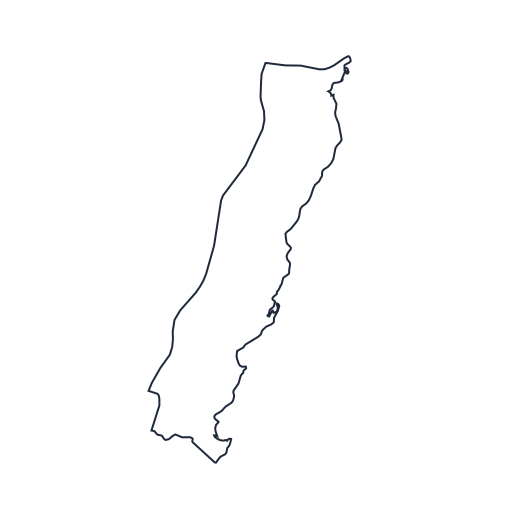 SVG path tracing the border of Debubawi Keyih Bahri, rotated 66°
{"feature_id": "ERI-1565", "entity_name": "Debubawi Keyih Bahri", "entity_type": "Region", "adm_level": 1, "iso_a3": "ERI", "parent_name": "Eritrea", "parent_adm1": "", "projection": "albers", "projection_center": [41.929, 13.658], "detail": "fine", "context": "isolated", "style": "outline", "palette": "slate", "viewbox_px": 512, "rotation_deg": 66, "n_neighbors": 0, "source": "natural_earth", "source_scale": "10m", "svg_char_len": 3524}
<svg xmlns="http://www.w3.org/2000/svg" viewBox="0 0 512 512"><g transform="rotate(66 256 256)"><path d="M427.7,377.7L400.6,389.5L399.3,389.6L397.8,388.4L396.6,388.3L394.6,390.1L391.7,397.1L386.2,402.3L386.7,406.1L387.9,410.1L387.2,413.6L385.6,414.4L381.9,415.1L380.8,416.3L379.1,418.8L375.2,419.9L374.6,420.1L372.9,422.5L353.3,405.1L347.5,402.5L344.1,401.6L341.9,402.0L335.5,409.0L329.5,402.7L319.3,388.8L311.1,374.8L305.1,369.6L298.2,365.7L291.1,362.8L281.3,356.5L274.8,347.3L265.1,326.1L261.1,319.5L256.9,313.9L252.0,308.8L242.5,300.9L229.5,290.1L207.8,276.1L191.1,265.3L187.3,261.5L178.6,245.8L169.0,228.6L155.9,213.5L142.9,198.5L135.4,193.1L127.0,189.8L115.7,188.2L112.2,187.0L99.1,180.6L91.9,176.8L83.5,168.8L84.9,166.4L93.9,151.5L100.2,137.8L111.3,122.1L113.3,117.3L113.8,112.5L113.6,107.3L111.2,94.9L111.0,90.9L111.1,90.1L111.3,90.0L112.0,89.7L113.1,89.5L115.4,89.9L116.6,90.4L117.1,91.6L117.5,96.6L117.9,97.7L121.5,99.2L120.9,97.0L122.0,96.3L125.4,96.6L126.2,97.2L126.6,98.3L126.0,99.0L124.0,98.3L123.3,99.2L129.2,105.4L129.2,105.1L129.6,104.9L130.2,105.2L130.9,106.2L131.0,107.2L130.8,110.7L129.8,113.6L129.7,115.0L130.8,116.7L134.0,119.0L135.0,120.5L135.0,123.0L136.3,122.1L137.5,121.6L138.8,121.5L140.2,122.0L140.2,119.6L143.0,120.8L149.6,120.6L153.3,122.6L157.1,125.4L160.5,126.4L168.9,126.7L183.3,130.1L184.7,130.6L186.2,132.6L188.2,137.3L189.8,139.5L195.3,143.4L199.0,146.0L201.9,149.7L203.8,154.1L204.5,158.8L205.5,160.8L207.5,162.1L209.6,163.0L210.5,164.1L211.1,165.1L213.4,167.9L215.0,173.1L217.6,176.2L223.3,181.3L226.5,185.0L227.6,186.9L228.5,189.1L229.4,193.3L230.0,194.8L231.0,196.2L232.7,197.5L236.8,200.1L239.0,201.9L240.8,204.3L245.3,212.9L246.6,218.2L247.7,220.1L255.6,222.5L257.3,222.6L261.3,221.0L262.8,220.8L263.8,221.4L266.2,225.7L268.2,227.8L269.2,228.3L270.9,228.7L272.3,228.7L275.1,228.0L276.0,227.8L278.2,228.7L282.6,231.6L284.2,232.2L285.6,233.2L286.2,235.6L286.6,238.2L287.2,240.2L292.3,244.2L293.1,245.9L293.6,245.9L296.5,249.8L297.3,251.5L297.6,251.7L298.7,252.2L299.1,252.4L299.6,253.9L300.4,256.7L301.2,258.1L302.5,258.5L304.0,257.8L305.3,257.1L305.9,257.2L306.3,258.0L308.4,259.5L309.3,260.3L309.8,261.5L310.5,264.4L311.0,265.5L313.9,267.7L314.4,267.8L314.9,269.6L315.8,269.6L316.6,268.8L316.5,268.3L315.9,267.8L314.1,265.5L313.7,264.7L313.4,264.5L313.0,264.3L312.7,263.8L312.7,262.9L313.1,262.9L314.8,263.0L315.2,262.9L315.3,259.5L313.6,258.1L311.5,256.9L308.8,256.8L307.9,256.4L308.2,255.7L309.3,255.1L311.0,255.0L315.2,258.5L319.8,264.7L321.6,265.5L323.9,266.9L324.7,270.1L324.7,275.3L326.1,279.5L327.2,281.5L328.5,282.3L329.7,283.7L330.7,287.0L332.6,301.8L334.4,304.8L335.1,311.1L335.0,311.6L335.3,312.0L339.1,314.3L341.8,315.1L347.5,315.6L349.8,315.2L351.3,314.0L352.1,312.3L352.9,310.3L354.6,310.7L355.0,311.5L355.1,312.6L355.6,313.8L356.3,314.4L357.1,314.9L357.8,315.6L358.1,316.9L359.1,318.6L365.4,323.9L369.8,331.2L371.4,332.2L373.9,332.6L375.9,333.5L377.6,334.8L379.1,336.2L380.1,338.2L381.3,345.3L383.4,350.0L383.9,352.4L384.2,356.0L384.7,358.1L385.6,359.4L387.4,359.8L389.0,359.3L390.6,358.4L392.4,357.7L394.1,361.2L396.6,363.3L400.0,364.3L404.5,364.6L403.9,365.2L402.8,367.2L404.0,367.3L404.9,367.0L406.2,366.3L406.0,366.2L408.3,364.6L408.7,364.6L410.2,362.9L411.3,361.0L411.7,359.9L411.6,359.0L411.8,358.3L413.0,357.6L412.3,356.3L412.1,355.1L412.4,354.0L413.0,353.1L416.6,355.8L418.3,357.5L419.0,358.8L419.6,360.2L420.9,361.2L422.5,362.2L423.7,363.2L424.6,364.9L424.8,368.8L425.1,370.7L428.5,376.7L427.7,377.7Z" fill="none" stroke="#1e293b" stroke-width="2"/></g></svg>